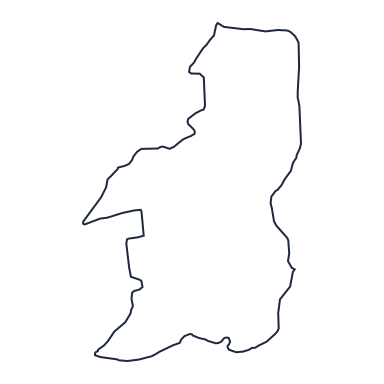 San Vicente Pacaya, Escuintla, Guatemala
{"feature_id": "79465075B46542077194483", "entity_name": "San Vicente Pacaya", "entity_type": "district", "adm_level": 2, "iso_a3": "GTM", "parent_name": "Guatemala", "parent_adm1": "Escuintla", "projection": "mercator", "projection_center": [-90.654, 14.339], "detail": "fine", "context": "isolated", "style": "outline", "palette": "slate", "viewbox_px": 384, "rotation_deg": 0, "n_neighbors": 0, "source": "geoboundaries", "source_scale": "gbopen_adm2", "svg_char_len": 2176}
<svg xmlns="http://www.w3.org/2000/svg" viewBox="0 0 384 384"><path d="M217.6,23.0L216.1,25.4L214.0,35.4L210.0,39.9L206.6,44.8L203.1,48.2L196.8,57.6L195.2,60.3L194.3,62.2L189.9,67.0L189.1,72.0L191.1,73.5L199.7,73.7L203.8,77.5L205.0,105.8L203.7,109.5L202.4,110.0L200.5,110.6L195.3,113.4L188.2,118.9L187.5,121.8L188.4,124.3L193.0,128.7L194.5,130.7L194.8,132.8L194.2,134.2L192.6,134.8L191.2,135.9L185.0,138.4L182.5,139.8L180.3,141.6L178.4,143.1L174.1,146.7L169.7,148.8L162.9,146.6L161.9,146.6L160.0,147.2L157.8,148.5L141.4,148.9L137.2,151.7L133.5,156.4L132.0,160.1L129.2,163.8L124.7,165.9L119.3,167.2L118.0,167.7L117.6,169.2L114.5,172.3L111.2,175.9L107.6,179.3L106.1,187.3L101.1,197.3L83.5,221.2L83.0,222.9L83.5,224.1L84.8,224.4L100.1,218.6L107.2,217.7L122.3,213.0L133.8,210.5L140.7,209.8L141.5,211.6L143.7,235.7L137.6,237.4L128.7,238.6L127.0,239.3L126.3,243.4L129.1,267.3L130.9,276.8L139.3,279.6L141.4,280.9L142.5,287.0L139.8,289.4L134.1,291.0L132.2,292.6L131.5,298.6L132.9,306.2L131.2,309.9L130.5,313.5L125.4,322.1L114.3,331.6L107.8,341.3L104.0,345.5L99.3,348.7L97.8,350.1L97.8,351.2L95.8,352.1L95.0,353.2L95.0,355.2L100.2,357.0L117.3,359.4L118.8,360.3L127.5,361.0L138.7,359.6L151.8,356.2L156.6,353.6L159.0,352.0L173.2,345.2L179.7,342.9L181.3,339.4L184.5,336.1L188.7,334.5L190.0,334.0L191.9,334.3L192.8,335.5L199.0,338.0L205.9,339.6L207.5,340.8L215.8,343.3L218.4,343.0L221.4,341.5L224.0,338.3L225.0,337.8L227.0,337.5L228.7,338.0L230.1,341.7L228.8,344.7L227.8,345.5L227.5,347.0L228.9,349.7L236.1,352.2L243.2,351.6L248.9,349.8L251.9,347.9L255.4,347.7L258.4,345.7L266.6,341.7L275.2,333.9L277.6,331.1L278.7,328.4L278.2,313.0L280.0,299.3L290.1,286.6L292.9,271.9L294.1,270.3L294.7,269.4L291.8,267.9L288.0,261.1L289.2,253.5L288.3,240.7L287.3,238.0L276.4,225.7L274.0,221.3L271.9,208.6L270.6,203.1L271.4,196.5L275.7,190.8L277.5,190.0L281.6,185.0L284.9,178.9L290.9,170.8L292.8,163.4L295.0,159.6L296.3,158.0L296.7,155.0L299.8,148.5L301.0,143.6L299.4,106.2L298.3,100.1L297.7,97.9L297.7,91.7L299.1,67.0L298.6,42.7L296.6,38.8L294.7,35.7L290.1,31.7L287.2,30.5L278.1,30.0L265.4,31.4L258.9,30.4L250.4,29.0L243.3,29.2L224.0,26.9L217.6,23.0Z" fill="none" stroke="#1e293b" stroke-width="2"/></svg>